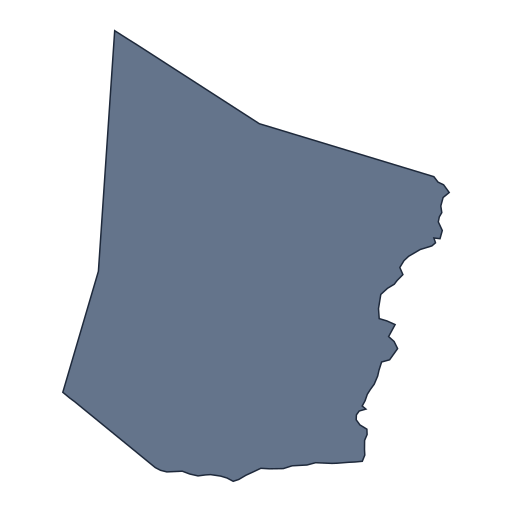 Amapá do Maranhão, Maranhão, Brazil
{"feature_id": "56859067B53661341879056", "entity_name": "Amapá do Maranhão", "entity_type": "district", "adm_level": 2, "iso_a3": "BRA", "parent_name": "Brazil", "parent_adm1": "Maranhão", "projection": "albers", "projection_center": [-45.895, -1.657], "detail": "fine", "context": "isolated", "style": "filled", "palette": "slate", "viewbox_px": 512, "rotation_deg": 0, "n_neighbors": 0, "source": "geoboundaries", "source_scale": "gbopen_adm2", "svg_char_len": 1132}
<svg xmlns="http://www.w3.org/2000/svg" viewBox="0 0 512 512"><path d="M127.4,38.8L114.7,30.7L98.4,271.3L62.8,392.3L70.2,398.4L74.3,401.4L155.3,467.6L160.5,470.3L166.8,471.9L182.3,471.2L189.7,474.0L198.0,475.9L205.6,474.9L210.6,474.6L220.7,476.1L227.0,478.0L233.2,481.3L238.7,479.5L246.0,475.2L253.2,471.9L260.8,468.3L269.5,468.8L283.3,468.6L292.1,465.8L307.0,465.0L315.6,462.7L332.0,463.4L337.3,463.2L348.5,462.3L354.9,462.0L362.3,461.3L364.8,455.1L364.5,449.5L364.6,440.4L367.1,434.5L366.9,429.2L359.9,424.9L356.2,419.8L356.4,414.9L359.2,411.0L365.9,409.1L362.2,406.0L365.1,400.7L367.3,394.3L370.4,389.4L374.2,384.2L377.7,376.0L379.0,370.2L381.6,362.0L389.6,359.8L397.6,348.6L394.1,341.5L388.6,336.6L395.1,324.6L386.9,320.9L379.2,318.6L378.5,308.6L380.8,294.4L387.5,288.3L394.3,284.2L397.1,280.5L402.9,274.6L399.8,267.5L404.0,260.6L408.6,256.3L420.2,249.5L431.9,245.9L435.5,242.8L433.9,238.0L440.0,238.7L442.3,230.5L438.3,221.9L439.3,216.9L441.8,212.6L440.8,206.0L443.1,197.5L449.2,192.5L443.6,184.8L438.0,182.1L433.9,176.7L293.9,134.2L259.3,123.7L137.3,45.0L127.4,38.8Z" fill="#64748b" stroke="#1e293b" stroke-width="1.5"/></svg>